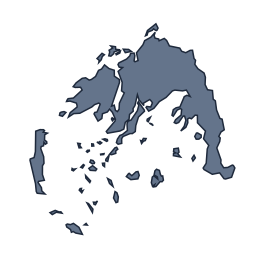 Greece, Mercator projection, rotated 83°
{"feature_id": "GRC", "entity_name": "Greece", "entity_type": "country or territory", "adm_level": 0, "iso_a3": "GRC", "parent_name": "Europe", "parent_adm1": "", "projection": "mercator", "projection_center": [23.941, 38.339], "detail": "fine", "context": "isolated", "style": "filled", "palette": "slate", "viewbox_px": 256, "rotation_deg": 83, "n_neighbors": 0, "source": "natural_earth", "source_scale": "50m", "svg_char_len": 5969}
<svg xmlns="http://www.w3.org/2000/svg" viewBox="0 0 256 256"><g transform="rotate(83 128 128)"><path d="M180.7,26.8L189.5,31.2L190.5,37.4L190.0,38.9L183.7,42.5L184.2,50.0L178.5,57.6L176.9,58.3L172.6,54.7L158.5,51.9L155.1,50.0L147.9,54.3L140.5,51.5L131.3,58.4L123.9,57.6L123.4,59.8L126.6,63.9L125.5,65.8L126.3,67.7L130.1,68.0L134.4,70.5L137.4,76.0L133.1,72.0L127.4,69.6L123.1,70.4L122.9,71.8L128.7,77.0L129.4,79.7L128.2,81.5L125.6,79.8L121.6,73.7L116.1,72.5L115.1,73.7L116.2,77.0L121.8,81.7L120.7,82.8L115.3,80.8L113.8,77.8L113.4,73.9L103.7,68.3L102.7,65.5L104.3,62.5L97.5,65.4L97.8,69.3L96.1,76.9L96.6,79.4L102.3,86.5L105.6,93.7L111.6,99.9L113.8,105.4L109.7,107.6L108.9,106.7L109.9,102.9L106.0,100.7L104.3,101.5L102.4,102.9L103.5,105.6L105.3,109.7L107.7,109.5L101.5,113.6L96.1,114.6L106.6,118.4L109.3,120.6L112.0,120.8L114.7,124.8L119.4,125.9L122.1,130.0L128.6,132.3L130.0,136.3L130.7,149.0L128.8,150.0L119.6,140.1L117.8,139.4L110.6,141.6L107.0,144.0L109.6,146.5L110.7,151.6L115.4,152.8L117.5,156.9L109.9,160.0L108.5,159.1L108.4,156.9L106.5,155.7L100.9,152.7L99.7,153.9L100.7,158.3L102.7,161.3L107.5,174.0L107.1,180.1L109.9,185.8L105.7,183.5L101.0,176.0L99.5,175.8L97.0,176.2L94.2,182.3L94.2,185.8L92.8,185.0L91.6,183.9L91.6,178.5L84.7,168.9L81.8,170.1L81.3,175.5L80.3,177.4L76.7,173.8L73.1,167.4L73.0,163.9L75.7,160.7L75.4,158.5L72.9,153.9L67.2,150.2L66.3,147.1L62.5,143.6L66.7,139.6L69.0,134.6L74.9,135.2L78.8,130.7L81.8,130.9L104.3,141.7L103.6,138.9L109.0,138.3L110.4,136.5L108.3,134.6L102.3,133.5L92.7,127.4L90.3,129.9L82.0,128.2L70.6,130.9L67.3,126.0L66.6,129.3L63.8,130.2L62.2,129.0L59.4,121.0L56.6,117.4L54.4,116.4L54.2,114.4L54.4,112.8L57.1,112.4L62.2,113.8L63.1,113.0L62.3,109.8L54.4,110.4L47.2,103.0L43.3,100.8L40.7,94.3L36.3,89.3L39.3,90.8L42.1,90.2L43.4,86.7L45.2,86.5L43.5,81.1L45.8,79.0L51.6,76.9L55.0,66.9L58.4,65.4L60.3,61.5L58.5,56.8L58.7,54.5L67.1,54.0L69.0,52.7L73.0,53.9L77.7,51.4L82.7,45.8L87.1,45.0L94.3,46.2L99.7,44.4L101.1,39.6L109.8,39.9L111.7,38.0L120.9,37.9L129.7,35.6L130.7,33.5L141.5,32.7L143.3,36.2L147.4,38.9L149.1,37.7L152.6,38.6L158.6,42.3L171.0,39.6L174.2,40.2L179.1,37.9L179.3,33.7L177.5,29.0L178.0,28.0L180.7,26.8ZM124.6,211.5L129.7,212.3L131.6,210.4L133.3,210.4L134.0,212.0L132.0,213.2L135.4,214.0L135.8,216.4L137.7,217.1L146.2,215.2L152.8,215.7L155.1,217.5L163.8,218.6L169.7,217.4L170.1,223.3L171.1,223.9L176.6,221.2L179.9,221.2L183.4,218.4L181.7,226.1L179.8,226.8L172.0,226.6L148.0,229.2L146.8,228.8L145.9,224.8L140.2,222.8L119.9,220.0L118.9,215.5L119.4,212.1L120.3,211.2L121.8,212.7L123.3,208.6L124.6,211.5ZM113.4,109.6L118.4,116.3L126.6,120.0L132.4,121.2L134.1,124.4L133.8,126.7L135.8,133.9L137.8,135.6L142.5,136.1L142.9,139.8L141.1,141.3L137.8,139.9L134.4,137.0L133.8,134.4L130.4,128.9L123.8,128.5L121.3,127.3L120.5,124.0L112.0,116.6L106.8,114.5L104.6,115.5L103.1,114.5L112.1,109.7L113.4,109.6ZM185.5,100.8L185.1,102.6L189.5,107.4L189.6,109.7L187.4,108.4L188.7,110.8L185.1,111.5L179.7,109.9L178.5,108.2L182.3,104.7L180.1,104.8L177.7,107.8L173.8,106.5L172.4,104.7L173.9,102.0L178.0,101.5L179.8,100.7L179.8,99.4L184.1,99.2L185.5,100.8ZM218.9,200.8L216.6,201.3L215.9,200.0L216.9,196.8L216.0,193.8L220.6,188.8L228.0,186.2L225.9,192.7L224.1,195.0L224.6,196.9L221.8,197.4L218.9,200.8ZM179.6,131.5L176.0,135.6L173.5,133.2L173.1,132.4L175.8,130.0L172.5,125.4L172.4,123.4L176.3,122.6L179.7,124.4L179.6,131.5ZM49.4,126.3L50.8,132.5L52.5,133.1L54.6,136.2L54.0,138.3L50.4,136.9L48.5,137.3L46.8,133.5L44.5,135.1L45.8,130.5L48.4,130.6L49.4,126.3ZM38.1,97.7L38.6,99.4L33.6,96.8L28.0,87.6L32.5,86.0L34.6,87.4L34.8,88.2L32.7,90.6L34.0,92.0L35.2,96.5L38.1,97.7ZM163.2,79.4L161.0,86.3L158.8,85.9L158.5,83.7L157.0,85.7L154.2,85.0L154.1,80.5L158.2,80.3L159.4,81.8L163.2,79.4ZM195.2,146.0L200.2,147.2L200.6,149.0L195.7,150.9L189.5,148.6L190.9,146.9L195.2,146.0ZM147.4,61.7L144.5,62.8L141.4,60.7L141.4,59.5L143.9,56.2L146.2,56.5L147.7,59.0L147.4,61.7ZM57.0,146.2L59.4,149.0L57.4,148.3L55.3,150.3L50.7,144.7L52.4,142.5L53.9,144.8L57.0,146.2ZM165.4,170.7L163.3,171.8L161.1,167.7L164.9,164.0L166.4,165.3L165.4,170.7ZM152.5,147.5L151.8,149.5L146.1,143.4L145.7,141.6L147.8,140.7L149.3,143.0L151.7,143.2L152.5,147.5ZM204.7,213.7L202.5,215.7L200.9,210.3L202.9,206.6L203.0,204.8L204.5,203.9L202.9,209.4L204.7,213.7ZM52.9,121.5L49.2,123.1L50.1,117.8L52.4,115.3L52.9,121.5ZM108.4,191.6L107.1,194.5L104.7,193.7L104.1,192.4L103.9,189.5L105.0,187.7L108.4,191.6ZM207.5,173.6L197.4,177.8L198.2,176.4L204.3,172.7L207.5,173.6ZM180.8,153.1L175.6,154.4L178.0,151.2L184.2,150.0L180.8,153.1ZM159.2,167.8L157.3,170.0L155.2,168.8L156.1,166.6L158.2,165.4L159.1,165.8L159.2,167.8ZM158.7,152.2L157.8,154.1L156.3,153.8L152.6,150.0L158.7,152.2ZM145.1,116.4L142.0,117.0L142.6,115.7L140.2,114.0L140.7,111.3L142.6,112.4L143.0,114.3L145.1,116.4ZM168.7,67.5L166.0,68.3L163.1,65.8L165.9,64.8L168.7,67.5ZM141.9,176.7L141.8,179.0L137.0,179.8L137.7,177.2L139.3,178.1L141.9,176.7ZM172.7,175.9L170.0,175.9L176.0,171.6L177.5,172.6L172.7,175.9ZM138.7,150.8L136.1,154.3L135.9,152.2L136.9,149.9L138.2,149.8L138.7,150.8ZM162.1,157.5L159.9,157.7L160.0,155.5L163.5,156.0L162.1,157.5ZM186.7,181.8L183.7,184.0L182.3,182.9L182.3,181.5L183.8,182.0L184.9,181.2L184.6,180.3L186.7,181.8ZM199.7,171.0L197.4,171.4L197.8,169.1L196.7,167.2L200.2,169.7L199.7,171.0ZM140.6,157.8L138.2,160.6L138.7,158.6L138.0,157.5L139.5,155.9L140.6,157.8ZM53.9,130.7L52.8,131.0L50.8,126.2L52.6,127.0L53.9,130.7ZM162.2,178.0L161.2,179.7L158.8,176.8L159.6,175.9L162.2,178.0ZM124.3,107.2L123.2,108.3L121.6,107.8L120.0,104.4L124.3,107.2ZM119.0,142.6L117.0,143.3L115.9,142.5L117.4,140.7L119.0,142.6ZM141.6,166.1L139.3,165.9L139.7,164.3L141.7,164.2L141.6,166.1ZM163.9,187.4L162.9,188.9L161.3,188.4L162.3,187.1L162.2,185.1L163.9,187.4ZM146.2,172.1L145.2,171.0L145.3,169.1L146.1,169.1L147.2,171.3L146.2,172.1ZM219.4,180.2L218.8,183.2L217.6,181.2L219.4,180.2ZM128.7,102.6L125.7,106.3L126.8,103.9L128.7,102.6ZM151.4,155.3L151.3,158.4L150.6,158.4L150.5,154.9L151.4,155.3Z" fill="#64748b" stroke="#1e293b" stroke-width="1.5"/></g></svg>